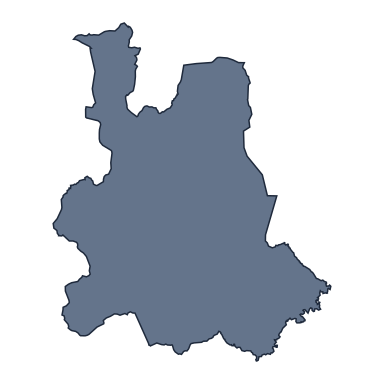 outline of Houet, Houet, Burkina Faso
{"feature_id": "67063806B93880456931202", "entity_name": "Houet", "entity_type": "district", "adm_level": 2, "iso_a3": "BFA", "parent_name": "Burkina Faso", "parent_adm1": "Houet", "projection": "orthographic", "projection_center": [-4.215, 11.389], "detail": "fine", "context": "isolated", "style": "filled", "palette": "slate", "viewbox_px": 384, "rotation_deg": 0, "n_neighbors": 0, "source": "geoboundaries", "source_scale": "gbopen_adm2", "svg_char_len": 5910}
<svg xmlns="http://www.w3.org/2000/svg" viewBox="0 0 384 384"><path d="M244.3,62.7L238.5,62.6L233.1,60.0L227.3,58.0L220.0,57.4L217.9,57.5L216.7,58.1L213.1,61.6L211.5,62.5L196.2,63.6L183.8,65.2L181.3,79.7L180.3,82.2L178.1,85.4L177.4,91.3L178.1,94.0L177.0,94.3L177.1,95.5L176.4,95.8L175.3,98.0L174.0,98.8L173.5,100.6L172.3,100.8L171.7,103.2L172.2,104.0L172.1,104.9L170.2,107.9L167.0,109.2L163.7,111.9L162.3,111.8L160.4,113.4L159.2,113.4L158.1,112.4L158.0,111.2L156.4,109.1L155.9,107.8L153.7,107.8L152.0,106.9L149.3,107.0L147.0,105.9L145.0,106.3L143.6,107.5L142.0,110.6L139.9,112.2L138.3,114.4L138.1,115.7L136.9,116.7L131.3,112.6L127.6,109.2L126.9,107.1L127.0,105.6L125.7,99.0L125.6,96.4L126.3,95.6L127.0,95.4L127.0,94.9L127.9,95.1L130.1,92.6L132.8,91.2L133.4,90.2L134.6,84.4L135.4,76.8L135.3,71.0L135.8,69.0L137.4,66.4L136.6,65.4L134.7,64.4L136.8,60.3L136.9,59.3L136.4,57.4L134.9,55.7L138.2,54.2L140.4,49.0L140.0,47.9L138.0,48.3L134.5,47.2L131.7,47.8L128.7,47.3L128.4,45.9L129.3,42.0L129.2,39.8L131.7,36.0L132.6,32.4L132.0,30.2L130.3,27.3L128.6,26.3L128.2,27.1L124.3,23.0L120.8,24.2L118.8,27.6L115.0,31.0L109.7,30.7L105.9,31.3L104.4,31.7L98.7,35.1L93.6,34.7L92.0,35.1L90.1,34.9L89.1,33.8L87.2,35.6L84.7,35.8L81.5,34.8L78.2,35.2L75.9,36.5L73.6,39.3L76.0,39.5L78.8,40.7L82.1,42.8L89.6,46.5L91.1,48.2L90.1,48.2L90.6,52.0L95.1,71.4L92.3,88.7L93.2,94.4L95.6,102.9L93.8,104.7L92.7,107.3L91.5,107.6L86.1,106.8L85.6,109.4L85.7,117.1L86.5,117.9L98.2,120.8L100.2,122.5L100.7,124.6L99.5,129.5L99.3,133.0L99.3,139.0L99.9,141.9L102.7,145.3L111.0,150.3L111.7,151.2L112.0,153.3L110.8,162.7L111.2,168.7L108.6,174.2L105.7,175.0L104.2,176.6L103.5,179.1L103.4,181.7L97.0,185.5L96.0,185.4L93.5,184.2L92.7,180.9L91.8,180.2L90.8,178.3L89.2,177.9L87.2,176.3L84.9,177.7L85.1,179.6L84.3,179.4L79.5,180.7L78.3,182.6L77.3,182.9L75.9,184.4L74.5,184.2L73.4,185.0L70.6,185.4L70.9,186.6L70.7,187.5L70.6,187.0L70.3,187.4L70.5,188.4L69.0,188.2L69.0,189.6L67.2,190.5L67.4,191.0L66.7,193.4L65.9,193.3L63.8,194.9L63.0,196.0L63.1,197.0L61.3,199.5L61.9,207.4L61.5,209.5L57.2,218.7L53.2,223.5L53.9,228.2L56.9,230.5L57.4,233.5L58.7,235.0L58.6,235.7L61.8,235.9L62.9,235.0L69.3,241.0L73.1,241.0L76.6,242.3L77.6,243.8L77.7,245.9L77.3,246.9L77.9,248.4L80.8,251.2L83.5,253.0L86.4,256.5L90.1,266.2L89.3,270.8L90.2,274.1L88.9,275.6L86.5,276.8L82.5,275.8L81.8,277.3L79.4,279.3L77.8,281.5L71.7,282.7L68.5,284.2L65.3,286.5L65.4,291.1L68.9,300.1L69.3,302.2L69.1,302.9L66.4,305.8L63.1,307.3L63.0,309.9L62.0,315.0L64.1,315.9L64.7,318.2L64.3,319.7L68.1,324.2L68.7,326.5L68.2,328.0L70.5,329.9L71.8,330.6L75.7,331.4L78.1,333.0L79.7,335.1L80.6,335.7L85.1,335.8L87.1,335.3L88.9,334.4L97.1,327.0L103.7,323.8L103.9,322.9L103.3,320.5L106.4,317.9L110.4,316.3L114.4,313.9L117.3,314.1L120.0,315.2L124.9,313.5L127.3,314.7L128.0,313.0L130.3,311.8L132.8,313.0L135.0,313.1L148.5,343.3L149.0,345.2L150.2,345.4L150.4,345.9L156.8,343.0L161.6,344.6L164.1,344.9L165.8,344.1L167.5,345.0L170.9,345.2L171.9,344.8L172.4,345.2L173.7,349.7L175.2,351.9L178.4,354.2L179.9,353.9L181.5,354.4L183.6,351.5L185.0,350.8L187.0,350.9L188.6,348.9L190.2,344.7L191.1,343.6L194.1,342.9L201.6,342.3L203.4,341.2L206.9,341.1L209.2,338.8L211.2,338.4L212.9,337.4L213.3,336.3L214.2,335.3L217.2,334.1L218.7,331.6L218.9,331.9L219.7,331.5L220.8,332.5L220.7,333.2L221.9,334.7L223.5,338.2L224.3,339.3L224.9,339.4L225.0,340.4L226.9,342.9L230.2,345.0L231.4,344.7L231.9,345.7L233.4,345.7L233.8,344.3L234.5,344.3L235.0,346.3L237.0,348.0L238.0,347.3L240.1,347.4L241.9,350.6L244.7,351.3L246.5,350.6L250.8,350.9L251.5,352.3L252.5,352.8L253.2,354.6L255.1,354.9L256.7,356.6L256.5,358.7L255.8,359.7L256.3,360.9L256.8,361.0L258.2,360.2L259.0,356.7L261.5,356.5L261.9,355.2L263.3,354.5L264.6,354.2L265.7,354.8L267.5,353.6L270.4,354.3L271.1,352.8L272.3,352.9L273.9,351.3L273.3,349.0L272.5,348.1L273.0,346.7L275.1,346.5L276.3,347.3L277.1,347.2L277.3,345.3L276.8,345.2L275.4,346.0L274.4,344.2L276.3,342.2L274.7,340.4L274.5,339.7L276.7,339.9L277.2,338.8L278.5,338.5L279.7,337.4L280.0,336.6L278.8,335.6L278.9,334.4L280.6,332.0L281.1,332.0L282.7,328.3L286.3,324.8L285.6,322.7L286.0,321.2L286.4,321.0L286.4,321.3L287.0,320.5L287.3,321.2L287.8,321.0L287.9,320.3L290.0,318.2L291.4,319.7L295.0,318.4L296.2,318.9L295.9,321.5L296.9,322.9L300.3,322.8L300.9,322.0L301.3,322.5L301.8,322.4L301.8,321.9L303.5,321.8L303.9,321.0L304.9,320.8L305.1,320.0L302.6,316.8L301.5,316.5L300.0,314.6L301.0,313.9L302.6,314.5L304.3,313.1L304.4,311.7L303.0,310.4L303.4,309.8L304.9,309.6L308.0,313.1L309.6,309.0L310.7,307.9L312.0,308.4L312.1,310.3L313.5,311.5L314.4,311.2L314.7,309.0L316.6,308.7L318.6,310.1L320.6,309.2L319.3,307.1L319.7,305.7L319.2,303.6L319.8,302.4L319.0,302.1L318.6,303.6L317.4,304.4L317.3,303.3L316.0,302.1L316.0,300.5L316.5,300.1L317.2,300.8L318.1,300.6L317.9,299.5L318.5,299.1L318.5,298.0L317.6,297.6L320.1,295.2L319.7,293.0L320.3,290.8L321.2,291.9L322.8,291.8L323.0,293.5L325.3,292.9L327.0,293.3L327.4,293.0L327.1,292.4L327.6,291.7L327.8,288.9L328.3,288.4L330.1,289.5L330.8,286.3L329.6,285.1L329.0,285.9L326.5,286.2L325.8,283.8L326.5,283.6L326.4,282.2L324.3,281.4L322.8,280.1L321.1,280.7L317.8,278.8L316.4,278.5L313.3,273.4L312.3,272.2L311.4,271.9L309.7,269.5L304.7,266.4L303.4,266.2L303.1,265.4L302.0,264.5L302.0,263.7L300.5,263.2L300.2,262.2L299.3,261.7L299.4,261.1L297.2,259.1L296.5,257.6L294.6,256.3L293.6,252.7L292.8,252.3L290.4,249.2L290.1,248.1L289.1,247.8L288.8,246.4L287.9,245.9L288.3,244.6L287.9,244.1L285.8,245.0L284.8,244.0L284.7,242.7L284.2,242.6L283.6,243.5L282.6,243.5L280.6,244.5L278.4,244.9L277.8,245.7L275.9,245.3L275.2,246.9L272.3,247.8L268.5,246.1L267.3,242.9L265.4,241.0L265.5,234.8L276.8,195.9L267.4,195.7L262.3,174.8L247.1,156.2L244.0,147.7L243.5,131.1L249.8,127.1L248.9,120.4L251.8,114.3L250.4,107.4L248.7,105.6L247.5,99.4L247.8,99.0L248.3,85.6L248.8,84.2L250.0,83.3L250.1,82.7L248.5,77.9L248.6,76.8L246.7,75.2L245.1,70.3L242.8,67.8L242.8,66.0L244.3,62.7Z" fill="#64748b" stroke="#1e293b" stroke-width="1.5"/></svg>